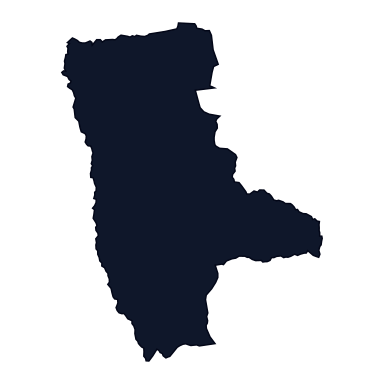 the district of Candelária, Rio Grande do Sul, Brazil
{"feature_id": "56859067B11258082184478", "entity_name": "Candelária", "entity_type": "district", "adm_level": 2, "iso_a3": "BRA", "parent_name": "Brazil", "parent_adm1": "Rio Grande do Sul", "projection": "natural_earth1", "projection_center": [-52.807, -29.711], "detail": "fine", "context": "isolated", "style": "filled", "palette": "ink", "viewbox_px": 384, "rotation_deg": 0, "n_neighbors": 0, "source": "geoboundaries", "source_scale": "gbopen_adm2", "svg_char_len": 3626}
<svg xmlns="http://www.w3.org/2000/svg" viewBox="0 0 384 384"><path d="M215.0,343.6L210.0,336.9L206.4,328.6L206.1,325.4L207.3,323.1L207.6,320.6L206.6,316.5L207.8,313.0L205.5,299.7L206.2,295.1L211.7,288.7L215.6,282.5L217.8,277.5L217.8,273.4L216.4,269.0L215.2,265.2L221.7,264.1L223.5,264.6L226.4,261.0L231.9,258.8L235.8,258.1L239.1,256.1L244.9,256.2L247.2,257.3L249.1,257.3L252.2,259.4L255.6,260.6L261.3,260.4L262.8,262.0L264.9,261.7L267.3,261.6L270.0,260.4L271.5,257.6L273.9,257.6L276.5,256.4L281.0,255.9L283.7,257.6L285.8,257.0L288.0,257.2L290.7,256.3L294.6,254.2L297.6,255.4L300.2,254.2L304.1,253.1L306.3,253.0L307.7,250.6L313.2,255.3L315.8,256.3L318.7,257.3L319.9,254.2L318.8,250.3L319.8,246.5L321.1,244.9L321.6,241.2L322.2,238.4L321.8,236.2L319.7,236.1L319.7,232.6L319.1,230.4L319.2,228.0L319.0,224.7L319.4,221.5L317.1,221.1L314.8,218.8L312.7,219.5L311.4,216.6L306.2,213.8L303.0,213.6L299.0,211.8L297.5,209.5L295.6,209.7L294.2,207.1L292.3,205.0L290.5,203.6L285.2,203.5L283.1,201.9L278.6,200.3L276.6,200.8L273.8,200.0L271.4,196.2L269.4,194.0L266.8,193.2L264.0,190.1L259.6,190.0L257.5,192.1L254.0,191.0L249.8,194.1L246.7,194.0L245.9,191.8L241.5,185.7L239.0,182.6L234.4,182.0L233.8,179.3L232.2,177.2L232.6,174.4L235.1,171.1L234.6,168.1L235.6,165.9L235.2,162.1L236.9,157.5L235.5,154.6L227.4,148.9L219.6,148.3L216.0,146.2L214.8,144.6L214.1,140.2L214.1,137.3L215.0,131.8L217.3,128.1L217.1,124.3L215.7,121.3L216.8,118.9L219.8,116.1L209.1,114.2L206.9,113.2L203.8,111.8L200.1,107.7L199.0,103.9L195.3,90.2L214.4,87.9L212.1,86.8L209.7,85.9L212.1,72.1L213.6,66.5L218.2,64.3L213.1,49.8L211.4,35.3L209.3,30.6L205.0,30.8L202.0,29.1L196.8,28.3L196.1,25.9L194.7,23.8L178.5,23.0L177.9,26.3L176.8,28.9L165.1,31.5L149.3,34.0L147.7,35.4L144.7,36.5L140.8,36.2L136.5,35.3L134.9,36.6L132.3,35.8L130.1,37.1L127.5,36.3L121.0,35.2L118.1,37.1L116.7,38.8L115.0,39.8L112.6,39.5L105.5,39.9L102.3,42.0L100.3,39.7L96.7,39.7L92.2,45.2L91.9,42.4L90.0,41.0L87.8,42.0L85.3,43.0L82.3,43.0L79.5,42.4L77.4,40.5L74.7,39.0L72.4,38.0L70.3,39.9L67.4,42.6L69.4,43.6L67.0,46.3L68.0,48.3L67.7,51.5L68.0,54.1L65.9,54.6L65.5,57.2L64.5,61.1L65.0,63.8L64.3,68.1L65.7,71.2L63.6,70.9L61.8,72.4L63.2,74.8L67.6,76.5L69.1,79.5L71.1,81.1L70.3,83.1L68.1,84.1L67.6,86.6L69.7,88.2L72.3,89.8L73.6,92.6L74.4,95.8L75.8,98.1L73.1,107.1L74.2,109.0L75.2,117.6L78.8,121.2L79.9,127.0L80.5,129.2L81.3,131.8L85.1,133.6L86.3,135.9L86.1,138.9L85.2,142.0L86.6,144.3L88.1,145.8L90.7,146.1L91.8,148.5L92.3,150.7L93.1,153.0L91.9,156.6L92.3,160.3L91.3,163.7L92.7,165.8L91.4,167.8L91.5,170.1L90.5,173.5L90.8,177.4L93.1,177.7L94.1,181.0L94.6,183.5L96.3,187.2L96.1,190.9L94.7,192.3L94.8,195.1L93.8,198.5L96.2,199.3L96.1,202.5L94.6,205.8L92.6,208.2L94.5,209.7L93.9,214.5L93.2,218.3L96.0,222.7L97.0,225.6L95.7,227.3L96.0,230.4L97.9,233.1L98.3,235.7L95.8,238.8L96.5,242.7L95.9,244.9L96.1,248.9L97.7,250.7L97.8,254.4L99.2,257.5L99.8,260.9L101.9,263.0L101.8,266.0L104.6,267.7L106.1,271.3L108.0,273.4L108.0,275.7L109.3,278.9L109.4,282.2L107.8,284.4L111.1,288.4L112.0,292.7L113.1,296.8L114.6,298.9L117.6,299.4L117.9,302.9L117.1,305.2L116.1,307.6L117.2,310.5L119.1,312.8L121.9,313.7L124.0,313.5L125.6,315.5L127.8,318.8L132.0,320.7L132.0,323.6L133.8,325.9L135.1,329.6L134.9,333.7L136.0,339.3L137.8,341.2L138.5,343.5L140.1,345.4L141.7,347.0L143.8,348.1L144.0,351.8L143.8,356.2L145.6,358.4L146.1,360.8L148.9,361.0L152.8,355.8L156.9,349.2L159.0,350.5L160.1,352.5L162.3,353.5L163.2,355.8L165.9,357.9L167.9,357.0L169.8,356.4L171.7,354.1L177.2,347.3L179.7,345.7L183.0,344.2L185.8,343.8L188.6,344.8L190.9,345.5L193.4,345.2L196.7,344.9L199.3,345.9L215.0,343.6Z" fill="#0f172a" stroke="#020617" stroke-width="1.5"/></svg>